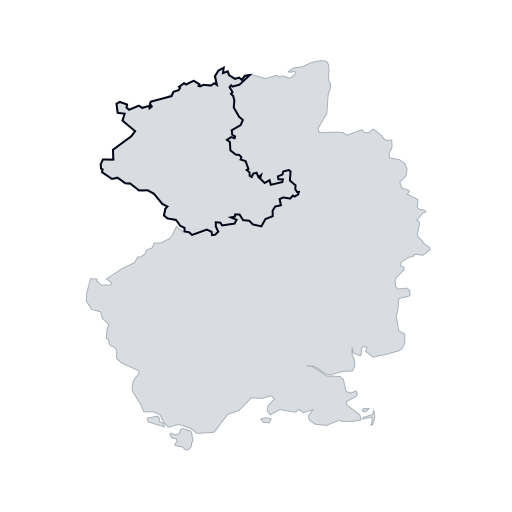 where Bayern sits in Germany, rotated 167°
{"feature_id": "DEU-1591", "entity_name": "Bayern", "entity_type": "State", "adm_level": 1, "iso_a3": "DEU", "parent_name": "Germany", "parent_adm1": "", "projection": "natural_earth1", "projection_center": [10.676, 48.917], "detail": "medium", "context": "in_parent", "style": "outline", "palette": "ink", "viewbox_px": 512, "rotation_deg": 167, "n_neighbors": 0, "source": "natural_earth", "source_scale": "10m", "svg_char_len": 5549}
<svg xmlns="http://www.w3.org/2000/svg" viewBox="0 0 512 512"><g transform="rotate(167 256 256)"><path d="M220.2,434.1L206.9,426.8L195.1,427.5L193.2,425.2L189.2,425.3L183.1,421.6L177.7,423.8L176.5,426.0L176.8,427.2L182.3,427.4L183.0,428.4L177.5,430.7L168.4,430.0L157.8,432.1L148.8,431.8L143.7,430.0L142.3,426.6L142.7,421.7L144.9,415.1L145.6,410.3L144.7,407.2L146.0,402.6L149.6,396.5L154.9,378.9L166.8,366.4L166.7,362.1L146.4,357.8L143.1,356.5L140.3,353.3L124.2,355.2L122.9,351.9L118.6,350.6L114.1,353.2L112.6,352.9L106.5,345.0L105.0,341.3L102.1,338.9L97.7,338.4L99.1,331.2L103.4,325.8L103.5,321.4L94.7,317.7L90.2,312.7L89.2,306.8L91.9,300.0L99.3,295.9L98.5,289.2L92.4,285.7L92.0,284.6L94.6,282.1L85.5,274.5L87.8,266.9L86.2,264.7L82.0,263.0L80.6,260.8L83.7,260.3L91.2,255.0L91.4,254.2L89.4,253.4L89.2,251.3L94.1,240.2L93.9,238.3L90.2,232.9L90.1,231.0L84.9,224.9L85.0,223.0L93.3,219.2L100.5,221.9L103.2,220.2L106.7,220.5L115.3,217.7L117.7,214.3L114.4,211.6L114.8,209.4L124.5,203.3L126.2,200.4L126.9,194.8L125.7,192.9L124.4,191.7L116.1,190.7L114.0,187.5L114.8,183.2L116.2,182.4L126.3,182.5L130.4,170.1L132.9,166.3L133.8,151.0L128.5,146.4L130.7,137.7L134.5,132.9L137.5,131.6L150.5,130.9L164.8,131.2L170.6,138.3L168.4,142.0L171.8,143.7L173.5,143.1L175.7,136.3L177.0,135.3L182.9,139.7L182.9,145.5L184.6,137.7L183.5,132.2L184.4,126.8L187.8,122.3L198.3,124.2L209.9,123.2L214.3,125.3L224.1,135.6L231.6,137.8L225.9,135.6L213.9,123.0L201.4,119.8L198.6,116.2L198.8,103.7L194.1,101.1L189.0,102.0L188.3,99.2L189.2,97.1L200.6,93.7L200.9,90.3L190.7,78.1L190.3,72.7L199.0,73.1L209.5,75.6L212.1,77.3L225.6,75.1L235.9,78.6L240.8,83.8L241.0,88.2L235.0,93.5L245.3,92.7L247.9,96.5L253.4,95.1L267.4,101.0L277.9,98.0L279.9,102.7L277.8,107.5L270.3,112.6L272.0,115.8L274.4,116.5L281.4,115.8L292.5,118.9L307.4,109.2L319.2,108.1L336.5,93.7L353.5,96.4L358.1,102.6L369.4,109.4L379.8,108.9L383.6,115.3L385.3,123.3L391.4,127.5L400.3,129.3L401.9,137.7L406.5,150.9L406.5,155.0L405.0,159.5L402.2,163.4L396.4,167.9L396.1,170.6L410.9,181.9L415.0,187.6L412.7,195.8L415.1,199.8L417.6,201.1L418.6,203.2L418.6,208.0L420.5,209.3L417.7,218.0L415.0,221.5L415.9,224.5L419.9,229.9L420.0,236.6L428.1,240.9L431.4,249.9L429.5,257.6L422.2,271.2L416.3,269.3L416.7,266.4L415.6,266.3L413.6,262.6L404.9,260.4L402.5,262.2L406.9,267.2L389.0,274.0L375.9,276.8L371.3,281.8L369.0,280.8L363.7,283.0L361.6,286.3L355.3,287.3L352.5,291.4L345.6,290.2L337.3,292.1L333.6,294.2L327.0,302.5L321.4,296.1L320.1,296.1L319.7,298.2L323.0,302.8L324.3,306.6L334.0,313.6L336.1,316.6L331.5,324.3L340.9,338.0L348.0,344.5L352.0,344.5L360.8,353.0L366.6,356.0L371.0,361.9L376.7,362.8L385.4,369.9L387.2,372.4L386.2,381.3L381.9,384.5L374.6,381.5L370.3,392.5L351.8,400.3L346.5,405.1L346.5,406.7L354.2,415.9L354.2,420.0L352.1,424.3L357.4,425.4L358.2,427.6L356.8,436.4L348.7,433.2L347.2,428.4L343.8,426.9L335.9,428.5L325.2,424.4L324.3,429.4L306.0,431.1L293.3,435.9L289.6,439.0L279.6,440.6L277.2,440.4L273.0,434.3L256.0,432.7L253.3,442.0L251.0,444.6L246.0,446.3L246.6,442.1L241.4,440.6L241.2,437.8L237.7,435.0L229.0,431.5L225.2,434.0L220.2,434.1ZM379.1,97.8L380.1,101.0L379.1,102.7L374.8,99.9L370.6,100.0L368.1,104.2L366.2,104.4L359.6,100.5L358.5,98.7L359.0,90.0L361.0,88.2L361.3,85.5L364.9,82.7L368.1,82.6L370.7,86.6L377.0,89.3L377.5,90.4L374.2,93.9L375.0,95.7L379.1,97.8ZM398.3,118.6L398.4,122.5L387.6,122.1L386.7,119.2L387.3,116.4L383.7,113.4L383.7,110.1L398.3,118.6ZM178.2,75.4L175.8,79.3L176.3,72.5L180.5,65.3L182.2,65.5L179.9,68.8L179.4,72.9L188.8,73.3L187.7,74.6L178.2,75.4ZM288.0,96.1L282.3,96.2L277.9,93.8L280.6,90.5L286.2,92.1L288.0,96.1ZM187.1,81.9L185.6,83.1L180.1,81.8L184.2,79.6L186.6,80.2L187.1,81.9Z" fill="#d9dde1" stroke="#a8b0b8" stroke-width="1"/><path d="M320.1,296.0L319.3,299.5L323.0,302.4L325.8,309.2L333.7,312.4L336.6,316.1L333.9,322.3L331.2,324.1L335.6,327.7L341.4,339.6L346.7,344.4L355.3,346.2L362.3,355.0L367.0,356.2L373.3,363.5L379.1,363.5L387.2,372.4L386.0,374.9L387.3,375.9L386.8,380.1L383.5,384.5L373.3,382.0L371.5,391.7L350.5,400.7L345.7,404.8L355.7,418.0L351.9,424.2L358.6,426.6L357.7,435.7L354.0,436.8L347.5,432.6L348.8,429.7L346.8,427.0L336.4,428.9L333.6,425.8L326.3,426.4L326.5,423.8L323.9,425.1L325.1,428.1L323.8,430.1L302.2,430.8L299.5,434.6L294.1,435.0L292.2,436.8L293.0,438.1L287.2,440.6L285.5,438.8L277.2,440.8L272.4,436.0L273.7,434.6L272.4,433.8L268.6,434.6L261.7,432.2L257.7,433.7L255.6,431.5L255.6,440.5L250.8,445.2L245.1,446.7L247.0,441.7L242.0,442.3L241.6,438.3L236.7,433.3L232.3,433.6L230.3,430.9L226.2,434.2L221.4,433.7L233.6,426.6L240.9,426.4L241.8,427.9L243.8,426.5L242.0,420.9L243.9,419.6L242.2,417.1L242.2,412.1L244.3,405.7L241.1,395.3L238.2,391.5L241.5,387.0L251.4,384.0L251.9,379.5L249.5,377.2L250.4,375.5L253.5,377.4L258.2,375.7L255.8,372.9L257.2,364.7L252.9,359.3L249.7,358.3L248.0,355.7L249.3,353.5L244.8,350.8L243.8,342.5L245.7,341.9L243.5,339.0L244.1,335.5L242.4,333.9L240.2,336.9L236.7,337.0L235.8,332.2L232.9,333.7L234.6,330.6L231.2,325.2L225.7,326.8L225.6,322.1L213.7,322.1L212.6,324.6L216.9,325.7L216.8,328.6L211.8,329.5L210.5,332.2L204.8,332.4L203.3,330.6L206.0,321.9L201.6,316.0L202.7,312.3L201.7,309.2L199.8,308.8L201.1,306.5L205.0,305.2L206.4,306.6L209.8,304.3L216.3,306.9L220.2,306.1L220.3,299.8L226.2,299.9L229.6,296.4L230.8,291.0L238.5,289.9L244.1,283.7L251.9,287.4L254.7,291.9L260.5,293.8L262.7,300.1L267.0,301.2L267.7,299.2L271.8,299.3L266.8,295.6L269.6,292.4L282.1,293.4L283.3,296.6L287.6,297.9L288.5,293.8L287.3,288.2L291.1,285.9L294.1,286.2L293.9,289.6L298.0,292.8L313.6,290.9L315.8,294.2L320.1,296.0Z" fill="none" stroke="#020617" stroke-width="2"/></g></svg>